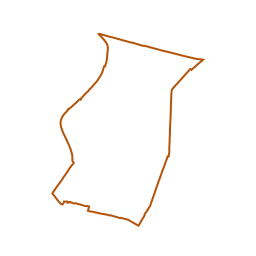 outline of Hon Dat, Kiên Giang, Vietnam, rotated 79°
{"feature_id": "81297802B18356226761800", "entity_name": "Hon Dat", "entity_type": "district", "adm_level": 2, "iso_a3": "VNM", "parent_name": "Vietnam", "parent_adm1": "Kiên Giang", "projection": "mercator", "projection_center": [104.972, 10.238], "detail": "fine", "context": "isolated", "style": "outline", "palette": "amber", "viewbox_px": 256, "rotation_deg": 79, "n_neighbors": 0, "source": "geoboundaries", "source_scale": "gbopen_adm2", "svg_char_len": 5692}
<svg xmlns="http://www.w3.org/2000/svg" viewBox="0 0 256 256"><g transform="rotate(79 128 128)"><path d="M69.1,57.0L62.1,71.8L58.7,79.3L55.1,86.6L51.1,94.7L49.8,98.5L46.1,105.4L45.2,107.1L44.9,107.7L44.8,108.3L44.5,109.0L44.4,109.3L37.3,123.5L33.9,130.6L30.3,137.7L30.2,138.1L30.1,138.3L30.1,138.5L30.2,138.9L30.4,138.8L31.0,138.3L31.2,138.2L31.5,138.0L31.9,137.8L32.2,137.5L32.7,137.2L33.1,137.0L33.4,136.8L33.7,136.6L34.3,136.2L34.5,136.1L34.9,135.9L35.2,135.8L35.4,135.6L35.7,135.4L35.9,135.2L38.7,133.8L40.2,133.1L41.0,132.8L41.7,132.7L42.1,132.5L42.5,132.4L43.1,132.4L43.8,132.4L45.3,132.5L45.8,132.5L46.7,132.7L48.0,133.0L48.3,133.2L48.4,133.3L51.4,134.2L54.4,135.0L55.0,135.1L55.7,135.3L57.5,136.0L59.2,136.7L61.8,138.2L62.0,138.3L62.4,138.4L62.7,138.5L62.9,138.5L63.1,138.6L63.1,138.9L62.9,139.3L62.9,139.5L63.1,139.9L65.7,141.2L67.0,141.9L68.1,142.5L69.1,143.1L69.4,143.3L70.8,144.5L71.2,144.8L72.8,146.2L73.8,147.2L74.0,147.5L74.3,147.8L75.4,148.8L75.7,149.0L76.0,149.4L76.3,149.7L77.0,150.7L77.7,151.6L78.2,152.4L78.8,153.1L79.9,154.3L81.1,155.9L82.5,158.0L82.8,158.5L83.0,158.8L83.4,159.2L84.2,160.1L84.9,161.1L85.5,162.1L87.4,164.8L88.7,166.6L88.9,166.8L89.7,168.0L90.0,168.3L90.4,168.6L90.8,168.8L91.0,168.8L91.2,169.0L90.8,169.5L90.6,169.8L90.6,170.0L90.7,170.4L92.3,172.6L92.9,173.5L93.7,174.7L94.2,175.8L94.6,176.4L95.1,177.3L95.4,177.6L95.9,178.4L96.2,178.9L97.9,182.3L97.9,182.5L97.8,182.8L97.9,183.0L98.2,183.2L98.4,183.3L98.6,183.3L98.8,183.3L98.9,183.5L99.0,183.9L99.4,184.2L99.7,184.5L100.2,185.2L101.4,186.9L101.5,187.1L102.7,188.6L103.2,189.1L103.8,189.6L104.5,190.4L105.4,191.0L106.2,191.5L107.2,192.2L108.0,192.6L109.1,193.0L110.0,193.2L111.2,193.4L113.0,193.5L114.9,193.4L116.7,193.1L118.4,192.9L119.7,192.7L120.6,192.5L123.2,191.8L127.4,190.7L127.8,190.6L128.6,190.4L129.0,190.3L131.7,189.7L134.0,189.1L135.7,188.9L137.7,188.4L138.9,188.4L139.5,188.3L140.6,188.1L141.3,188.1L142.4,188.0L143.7,188.0L144.9,188.0L145.5,188.0L146.2,188.2L146.8,188.4L147.8,188.5L148.6,188.7L149.3,188.7L150.0,188.8L150.4,188.7L150.7,188.6L150.9,188.3L151.2,188.1L151.5,188.0L151.8,188.0L152.0,188.0L152.3,188.2L152.7,188.6L153.2,189.2L153.3,189.4L153.5,189.9L154.3,190.7L154.9,191.3L156.0,192.7L156.3,193.0L156.9,193.5L158.1,194.6L159.4,195.8L160.0,196.6L160.5,197.0L161.4,197.9L162.6,199.1L163.6,200.3L164.2,200.9L164.9,201.6L165.5,202.1L165.9,202.4L166.2,202.7L166.6,203.1L166.8,203.4L167.1,203.7L167.5,204.1L168.0,204.6L168.6,205.3L169.2,205.9L169.6,206.4L169.9,206.8L170.3,207.1L170.7,207.5L171.1,207.8L171.4,208.2L171.8,208.7L172.3,209.2L172.7,209.7L173.3,210.3L173.7,210.8L174.0,211.1L174.2,211.3L174.5,211.5L174.6,211.8L174.9,212.0L175.1,212.2L175.3,212.4L175.5,212.5L175.9,213.0L176.0,213.1L176.3,213.5L176.7,213.7L177.3,214.2L177.7,214.5L177.8,214.7L178.9,214.2L183.6,211.8L187.2,209.9L188.8,208.9L189.5,208.4L190.0,208.0L190.3,207.7L190.5,207.3L190.6,207.0L189.9,206.3L189.5,205.8L189.1,205.4L188.6,205.0L188.3,204.8L188.0,204.7L188.2,204.2L188.3,204.0L188.3,203.1L188.4,202.8L188.5,202.6L188.6,202.1L188.6,201.9L188.7,201.6L188.8,201.6L188.7,201.5L188.7,201.4L188.9,201.3L189.1,201.3L189.6,201.1L189.9,200.9L189.9,200.7L189.9,200.3L189.7,200.1L189.5,199.8L189.5,199.5L189.5,199.3L189.5,199.1L189.5,198.9L189.6,198.7L189.8,198.5L190.2,198.1L190.7,197.6L190.8,197.3L190.9,197.0L191.1,196.5L191.4,196.0L191.6,195.6L191.8,195.2L191.9,194.3L192.0,193.6L192.1,193.2L192.5,192.5L193.1,191.4L194.3,188.9L195.3,187.1L195.8,186.1L196.3,185.3L196.5,184.7L196.7,183.8L196.9,182.8L197.2,181.9L197.4,181.4L197.5,181.2L198.1,181.5L199.3,182.0L200.5,182.5L201.6,183.2L201.9,182.7L202.3,181.7L202.7,181.0L203.0,180.3L203.2,179.5L203.3,179.0L203.8,177.8L204.1,177.2L204.6,176.2L205.0,175.3L205.1,174.9L205.2,174.7L205.2,174.4L205.3,174.2L205.6,173.9L205.7,173.7L205.9,173.3L206.2,172.6L206.7,171.3L207.7,168.8L207.8,168.3L207.9,168.0L207.9,167.8L208.0,167.5L208.2,167.3L208.4,167.0L208.6,166.7L208.7,166.4L208.8,166.2L208.8,165.9L208.9,165.5L209.1,165.0L209.7,164.1L209.8,163.8L209.8,163.6L210.0,163.3L210.1,163.0L210.3,162.7L210.4,162.4L210.4,162.1L210.5,161.8L210.5,161.5L210.7,161.0L211.2,160.2L211.6,159.4L212.0,158.7L212.3,158.0L212.6,157.4L213.4,155.7L214.1,154.6L214.6,153.9L214.7,153.5L214.8,153.2L214.7,152.6L214.7,152.4L215.1,151.7L215.8,150.2L216.4,148.8L217.2,147.1L217.6,146.3L218.2,145.3L222.3,140.6L225.1,137.3L225.9,136.4L225.6,136.1L224.1,134.7L222.6,133.4L221.0,132.1L220.6,131.7L219.5,130.7L218.9,130.1L218.0,129.4L217.6,129.0L217.2,128.6L217.0,128.4L216.8,128.4L216.5,128.3L216.1,128.2L215.8,128.1L215.7,128.0L214.8,127.1L214.2,126.4L213.6,125.8L213.0,125.2L212.8,125.0L212.3,124.5L211.6,123.9L210.9,123.2L210.2,122.6L209.7,122.2L209.4,121.8L209.3,121.6L209.2,121.5L209.1,121.4L208.1,120.8L207.1,120.2L206.0,119.6L205.6,119.4L204.3,118.6L203.0,117.9L202.4,117.5L201.8,117.2L201.0,116.7L197.1,114.4L195.9,113.7L194.1,112.8L192.4,111.7L190.6,110.7L189.7,110.1L188.9,109.7L187.1,108.7L185.9,107.9L185.7,107.8L185.4,107.6L184.1,106.8L182.8,106.0L181.9,105.5L180.7,104.8L180.3,104.5L179.8,104.3L179.7,104.2L177.6,103.0L176.0,102.1L174.7,101.1L171.7,99.4L168.2,97.3L167.3,96.7L164.7,95.2L164.1,94.9L163.4,94.5L163.5,94.3L163.8,93.7L163.2,93.3L162.4,93.0L159.4,92.0L158.8,91.9L157.3,91.6L155.9,91.4L154.6,91.0L151.0,90.2L148.7,89.6L147.1,89.3L146.7,89.2L143.0,88.3L140.7,87.8L138.4,87.2L137.1,87.0L134.3,86.3L130.2,85.3L126.2,84.3L122.1,83.4L118.3,82.5L114.9,81.8L110.7,80.8L107.8,80.1L104.0,79.2L100.1,78.2L99.6,78.0L98.4,77.3L96.7,75.1L93.9,71.4L91.7,68.4L89.5,65.5L87.3,62.6L85.0,59.7L84.6,59.0L82.0,55.6L82.1,55.4L83.0,54.6L82.2,53.2L80.6,50.5L79.1,48.0L75.3,41.3L74.4,44.0L73.6,46.4L73.2,47.7L72.4,49.5L69.1,57.0Z" fill="none" stroke="#b45309" stroke-width="2"/></g></svg>